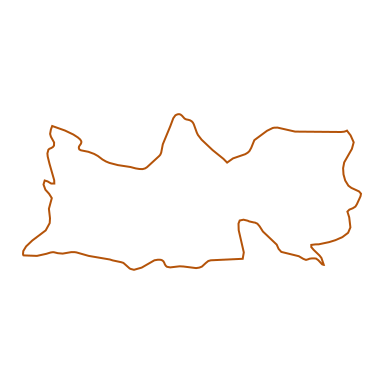 outline of Bhojpur, rotated 270°
{"feature_id": "NPL-1134", "entity_name": "Bhojpur", "entity_type": "District", "adm_level": 1, "iso_a3": "NPL", "parent_name": "Nepal", "parent_adm1": "", "projection": "orthographic", "projection_center": [87.293, 27.148], "detail": "fine", "context": "isolated", "style": "outline", "palette": "amber", "viewbox_px": 384, "rotation_deg": 270, "n_neighbors": 0, "source": "natural_earth", "source_scale": "10m", "svg_char_len": 2447}
<svg xmlns="http://www.w3.org/2000/svg" viewBox="0 0 384 384"><g transform="rotate(270 192 192)"><path d="M129.9,23.0L133.0,23.3L137.6,26.1L143.5,32.3L153.6,45.7L160.9,49.7L165.7,50.0L175.2,48.9L185.9,51.8L190.2,49.1L194.3,45.4L199.5,43.5L203.5,44.7L202.6,47.6L200.5,51.1L200.5,54.3L203.8,54.2L220.2,49.5L227.5,47.7L230.6,47.4L234.3,48.4L235.2,49.4L235.9,51.1L236.9,52.8L238.4,54.0L241.5,54.1L247.3,50.9L250.1,50.1L254.5,50.9L258.0,52.2L253.5,64.9L249.5,73.3L246.6,77.8L244.5,80.2L242.7,81.3L241.3,81.3L239.9,80.7L238.7,79.8L237.4,79.0L236.1,78.8L234.6,79.3L233.7,80.9L232.2,88.4L230.1,94.1L228.0,97.9L224.5,102.5L222.5,106.0L221.1,109.4L218.9,117.9L217.0,130.4L215.6,135.7L215.0,139.4L214.9,142.6L215.6,145.1L216.8,147.0L228.0,159.2L229.3,160.3L231.4,161.2L239.7,162.8L257.8,170.3L265.8,173.3L268.7,175.4L269.4,176.8L269.8,178.1L269.8,179.5L269.4,180.6L268.3,182.0L265.4,184.6L264.6,186.2L264.2,188.3L263.7,190.0L262.7,191.7L261.4,192.9L259.7,193.8L251.4,196.8L249.1,197.9L244.3,201.6L233.9,212.6L225.1,223.5L221.4,227.1L225.6,233.0L229.8,245.2L231.3,247.7L232.9,249.4L236.1,251.2L243.5,254.2L243.9,254.4L253.2,267.0L256.0,272.7L256.3,274.2L256.4,277.5L252.4,295.1L252.0,340.9L252.3,344.1L253.2,346.9L253.3,347.0L248.6,350.6L241.7,353.7L235.1,351.9L221.6,344.2L215.8,343.1L209.6,343.5L203.5,345.2L198.3,348.4L196.1,351.4L192.6,359.0L190.3,361.0L187.7,360.5L179.8,356.9L177.4,355.4L175.7,352.7L174.4,349.4L172.4,347.4L166.7,349.2L156.6,350.4L151.2,348.1L146.9,342.4L143.8,335.3L141.9,329.2L139.7,318.8L139.6,315.3L139.1,311.3L136.9,311.3L134.2,313.6L128.5,319.5L126.1,321.4L119.1,323.8L119.1,323.7L119.7,322.1L123.8,318.3L125.4,316.1L125.6,314.4L125.6,311.9L125.3,309.6L124.7,308.1L124.1,306.0L125.1,303.4L127.8,298.8L132.1,281.3L135.1,278.6L139.4,276.7L152.5,262.9L157.7,259.6L160.3,257.4L161.4,255.0L161.6,253.6L162.6,249.2L163.3,247.7L164.3,243.5L163.5,239.7L160.4,238.5L153.8,238.7L131.6,243.8L125.2,242.7L123.7,210.8L123.0,208.3L121.0,205.8L117.4,201.9L116.4,199.3L115.9,196.1L117.5,183.4L117.7,179.6L116.6,170.2L117.2,167.0L118.2,165.8L119.6,164.9L121.3,164.2L122.7,163.4L123.7,162.1L124.2,160.8L124.3,158.0L123.7,154.4L116.4,141.7L114.2,134.0L115.0,130.9L115.5,129.7L118.9,125.9L121.1,123.4L121.8,121.2L123.6,112.7L124.5,109.9L128.1,88.7L131.6,76.4L131.9,74.3L131.9,71.4L130.4,62.7L130.8,57.9L131.8,53.8L131.8,52.6L131.5,50.6L130.2,46.4L128.1,36.9L128.6,23.7L128.7,23.4L129.9,23.0Z" fill="none" stroke="#b45309" stroke-width="2"/></g></svg>